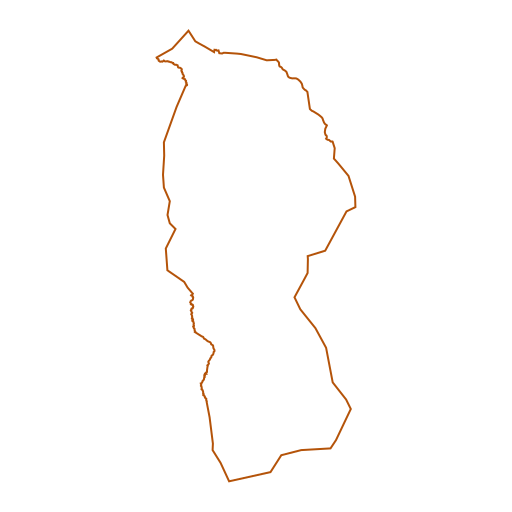 Binder, Hentiy, Mongolia
{"feature_id": "93677404B23670550125649", "entity_name": "Binder", "entity_type": "district", "adm_level": 2, "iso_a3": "MNG", "parent_name": "Mongolia", "parent_adm1": "Hentiy", "projection": "robinson", "projection_center": [110.5, 48.575], "detail": "fine", "context": "isolated", "style": "outline", "palette": "amber", "viewbox_px": 512, "rotation_deg": 0, "n_neighbors": 0, "source": "geoboundaries", "source_scale": "gbopen_adm2", "svg_char_len": 5745}
<svg xmlns="http://www.w3.org/2000/svg" viewBox="0 0 512 512"><path d="M350.8,409.0L346.1,399.5L332.7,382.4L326.1,347.8L315.4,328.1L300.3,309.3L294.5,297.3L303.7,280.3L307.6,273.0L307.9,259.1L307.7,256.1L325.2,250.7L346.5,211.4L355.4,207.1L355.1,196.7L348.5,175.9L338.2,163.4L333.9,158.6L334.7,148.2L332.6,141.6L332.1,141.4L331.1,141.6L330.7,141.5L329.2,140.1L328.8,139.9L327.7,139.8L327.3,139.6L326.7,139.2L326.1,138.7L326.6,137.9L326.8,137.3L326.8,136.8L326.7,136.1L326.5,135.6L326.3,135.4L325.7,135.1L325.3,134.2L324.8,132.1L325.3,128.7L325.5,128.2L326.0,127.4L326.3,126.5L326.8,125.7L326.9,125.4L326.7,125.1L325.4,124.3L324.9,123.8L324.0,122.5L323.4,120.9L323.0,120.0L322.8,119.2L322.4,118.2L321.6,117.2L319.7,115.6L318.3,114.5L313.3,111.4L312.0,110.9L310.5,109.6L309.9,109.0L307.4,91.9L305.7,90.2L305.1,90.0L304.5,89.5L303.8,88.8L303.0,87.9L302.6,87.2L302.4,85.9L301.8,83.7L300.4,81.6L298.3,79.6L297.2,78.9L296.1,78.4L294.9,78.3L293.5,78.3L292.3,78.4L291.0,78.1L290.2,77.9L289.4,77.6L288.4,76.9L287.8,75.9L287.5,74.8L286.5,72.0L285.5,71.0L284.5,70.3L283.5,69.8L283.0,69.5L282.5,69.0L281.8,67.7L281.1,67.1L280.8,66.9L279.9,66.6L279.6,66.4L279.2,65.5L279.3,65.1L279.0,64.2L279.0,63.8L279.1,63.3L279.0,63.0L278.9,62.5L278.3,61.7L276.7,60.1L276.4,59.6L274.9,59.9L266.7,60.3L256.8,57.3L247.7,55.4L240.9,54.0L237.0,53.6L225.3,52.8L223.6,52.8L222.1,53.5L219.3,53.2L218.5,50.4L217.1,50.7L216.0,49.8L215.3,50.0L214.5,49.8L214.1,52.1L205.3,46.9L199.1,43.5L195.3,41.3L188.5,30.7L172.2,48.7L156.6,57.5L156.9,58.3L157.4,58.6L158.5,59.2L158.6,59.4L158.6,60.3L158.6,60.6L158.9,60.9L159.3,61.1L159.9,61.6L160.5,61.7L161.5,61.4L162.1,61.7L162.4,61.7L162.6,61.6L163.0,61.2L163.8,60.5L164.0,60.6L164.6,61.2L165.1,61.4L166.0,61.4L167.1,61.2L167.8,61.2L168.1,61.3L168.3,61.6L169.4,61.7L170.4,62.2L171.4,62.2L171.8,62.4L172.5,63.0L173.2,63.0L173.3,63.6L173.5,64.0L173.8,64.2L174.3,64.3L175.0,64.8L175.3,64.8L176.1,64.7L177.1,65.1L177.6,65.3L177.7,65.7L177.9,66.8L178.2,67.4L178.6,67.6L180.1,67.8L180.5,68.0L181.6,68.9L181.8,69.3L181.7,69.8L181.4,70.4L181.4,70.7L181.4,70.9L181.7,71.1L182.0,71.5L181.9,72.1L182.0,72.3L182.5,72.8L182.5,73.7L182.6,74.0L183.2,74.5L183.4,75.1L183.6,75.4L183.7,75.7L184.0,76.2L183.9,76.6L183.4,77.4L182.9,77.6L182.6,77.9L182.5,78.1L182.9,78.4L183.7,78.3L183.9,78.5L184.0,78.9L184.3,79.2L184.6,79.3L185.1,79.3L185.3,80.2L185.5,80.5L186.0,80.8L185.8,81.9L186.0,82.1L186.4,82.4L186.5,82.6L186.4,83.5L186.1,84.0L186.5,84.5L187.0,84.5L187.1,84.9L187.0,85.2L185.6,86.0L176.6,106.9L163.9,142.3L164.2,155.7L163.0,174.8L163.9,187.6L169.8,201.2L167.5,215.0L169.8,223.3L175.5,229.0L165.8,248.5L167.4,270.3L184.2,281.9L187.6,287.6L192.6,293.5L192.8,293.6L192.4,294.7L192.1,295.1L191.2,295.2L191.1,295.3L191.3,295.5L192.0,295.4L192.3,295.6L192.3,296.0L192.7,296.4L192.6,296.8L193.0,297.0L193.2,297.5L192.9,299.4L192.7,299.8L192.2,300.2L191.2,300.6L190.8,301.1L190.6,301.3L190.5,301.8L190.2,302.3L190.8,303.2L190.9,303.9L190.8,304.2L190.9,304.3L191.0,304.3L191.2,304.0L191.5,304.0L191.9,304.8L192.1,304.9L192.6,304.7L192.8,304.8L192.9,305.0L193.0,305.8L193.3,306.3L193.3,306.5L193.0,307.0L193.1,307.4L192.7,308.3L192.1,308.4L191.7,308.4L191.5,308.6L191.6,309.2L191.4,309.6L191.1,309.8L190.8,310.4L191.1,310.9L191.3,311.1L191.5,311.2L191.5,311.3L191.4,311.7L191.5,311.9L192.2,312.9L191.8,313.5L191.3,314.0L191.2,314.2L191.3,314.4L191.8,315.0L191.9,315.4L192.1,315.8L192.1,316.0L192.0,316.4L192.1,316.7L192.3,317.1L192.3,317.3L191.9,318.1L192.0,318.2L191.9,318.3L191.9,318.5L192.1,318.6L192.4,318.7L192.7,318.8L192.8,319.2L193.0,319.4L193.1,319.8L192.8,320.1L192.8,320.4L192.8,320.5L192.3,320.5L192.3,320.9L192.4,321.0L192.8,321.0L193.2,321.3L193.3,321.4L193.3,321.8L193.6,322.4L193.5,322.7L193.6,323.0L193.8,323.2L193.9,323.4L193.8,323.9L193.6,324.3L193.7,324.6L193.6,325.0L194.0,325.7L194.0,325.9L193.8,326.1L193.2,326.5L193.3,326.9L193.7,327.2L193.7,327.4L193.8,328.1L193.9,328.3L194.4,328.6L194.5,328.7L194.5,329.4L194.7,330.0L194.6,330.8L195.0,331.1L195.2,331.5L195.4,331.7L195.4,331.9L195.1,332.2L201.3,336.1L201.7,336.4L202.5,336.6L203.2,337.0L204.0,338.6L205.1,339.1L206.1,339.8L206.8,340.5L207.9,341.3L209.1,341.8L210.3,342.3L211.0,343.4L211.2,344.3L212.9,345.3L213.2,346.1L213.2,346.7L213.5,348.4L214.0,349.2L214.5,350.1L214.4,351.3L213.7,351.9L213.6,352.6L213.4,353.5L213.1,354.5L212.6,355.0L211.8,355.5L211.4,356.1L211.4,357.0L211.0,357.7L210.2,358.4L210.1,359.2L209.6,360.0L208.7,361.0L208.3,361.8L208.5,362.6L208.9,363.3L208.5,364.3L207.4,365.3L207.8,365.8L207.5,366.7L207.0,370.3L207.0,371.9L206.8,372.1L206.7,372.5L206.3,372.5L205.8,372.6L205.7,372.7L205.6,373.1L205.4,373.6L205.6,373.8L205.3,373.8L205.3,374.0L204.9,374.0L204.9,374.3L204.6,374.6L204.7,374.8L204.8,375.1L204.7,375.3L204.8,375.5L204.3,375.6L204.3,375.8L204.4,376.2L204.4,376.5L204.5,376.7L204.3,377.0L204.5,377.3L204.2,377.5L204.2,377.8L204.1,378.1L204.1,378.4L204.0,378.7L204.0,379.1L203.8,379.4L203.8,379.6L203.7,379.8L203.6,380.0L202.7,380.8L202.7,381.1L202.4,381.4L202.4,381.7L202.2,382.3L201.8,382.9L201.6,383.0L201.4,383.1L201.3,383.4L200.9,383.5L201.0,383.7L200.9,384.0L201.3,384.9L201.3,385.1L200.9,385.7L200.9,385.9L201.5,386.6L201.6,387.0L201.7,387.9L201.8,388.3L201.8,388.6L201.6,388.8L201.5,389.3L201.8,389.6L202.3,389.8L202.7,390.3L202.8,390.6L202.8,391.0L203.1,391.6L203.2,392.7L203.1,393.0L203.1,393.4L203.6,393.8L203.7,394.4L203.4,394.7L203.2,394.9L203.2,395.1L203.6,395.4L204.0,395.6L204.6,396.1L205.0,397.0L204.9,397.5L205.3,397.9L205.4,398.1L205.7,398.2L206.3,398.8L206.3,399.1L206.2,399.4L206.2,400.2L206.3,400.4L206.4,400.5L206.5,401.1L206.8,401.3L206.7,402.2L209.6,417.3L212.9,443.6L212.6,450.1L220.6,462.9L229.1,481.3L270.5,472.1L281.3,455.2L301.2,450.1L330.5,448.4L336.0,440.1L350.8,409.0Z" fill="none" stroke="#b45309" stroke-width="2"/></svg>